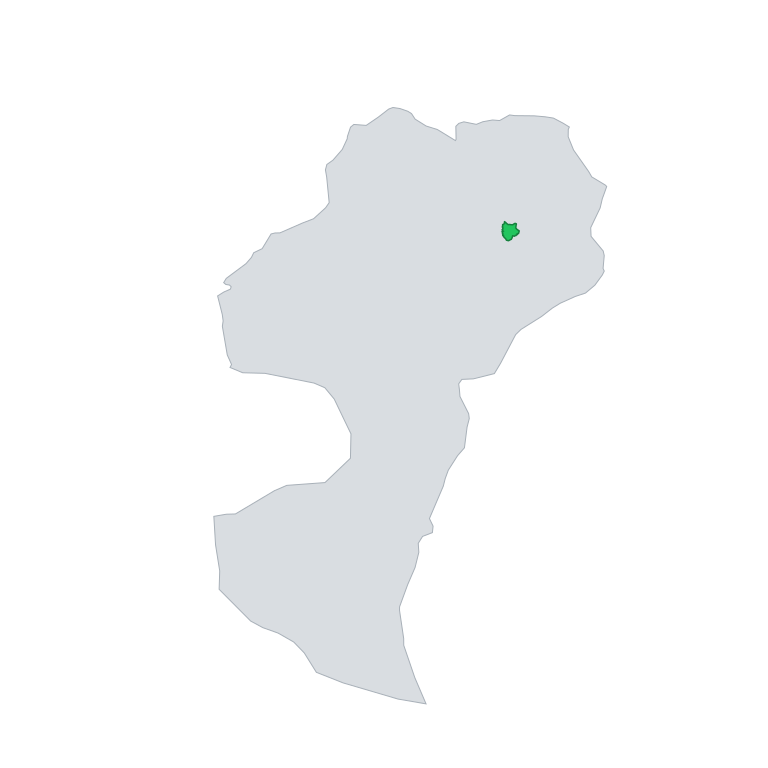 location of Riebiņu pag., Riebinu, Latvia, rotated 285°
{"feature_id": "27541924B17369657995455", "entity_name": "Riebiņu pag.", "entity_type": "district", "adm_level": 2, "iso_a3": "LVA", "parent_name": "Latvia", "parent_adm1": "Riebinu", "projection": "mercator", "projection_center": [26.752, 56.344], "detail": "fine", "context": "in_parent", "style": "filled", "palette": "green", "viewbox_px": 768, "rotation_deg": 285, "n_neighbors": 0, "source": "geoboundaries", "source_scale": "gbopen_adm2", "svg_char_len": 4333}
<svg xmlns="http://www.w3.org/2000/svg" viewBox="0 0 768 768"><g transform="rotate(285 384 384)"><path d="M550.1,567.5L545.9,566.7L534.0,562.1L524.0,555.1L518.0,546.0L507.6,533.3L500.8,526.9L490.1,518.8L472.2,502.2L465.8,498.4L434.1,491.2L422.6,487.9L412.1,469.0L408.6,458.0L403.5,456.1L397.8,458.4L391.6,460.6L377.3,473.4L372.7,475.3L363.9,475.4L343.2,478.2L333.8,473.6L317.4,468.4L308.5,467.6L300.7,467.7L265.8,462.7L259.4,468.2L253.0,469.2L246.8,460.7L239.0,458.3L230.4,461.2L214.8,461.5L196.4,458.8L172.8,456.7L169.3,457.6L143.2,468.9L136.7,470.7L108.4,489.7L85.9,507.4L83.3,479.0L84.7,421.9L88.0,393.3L103.6,376.6L111.4,363.6L116.0,346.1L117.3,330.0L120.5,316.6L143.0,277.9L160.9,273.7L185.1,262.9L212.1,253.9L217.4,265.4L220.0,274.1L252.6,305.8L260.9,316.3L273.5,352.5L303.6,370.8L327.3,365.0L337.6,356.1L356.6,339.8L365.1,327.8L366.8,316.2L363.5,266.3L358.3,244.6L360.1,231.0L363.4,231.7L371.5,225.1L398.0,212.9L403.3,212.3L409.3,209.8L426.0,200.5L431.4,205.5L435.9,211.1L438.4,211.2L439.6,209.1L439.2,205.5L440.4,202.9L445.2,204.3L464.6,219.6L472.0,223.2L477.1,224.2L483.2,231.3L499.7,236.1L501.7,239.7L503.0,244.3L518.4,263.6L525.4,273.2L539.1,282.0L545.0,284.1L569.0,275.1L575.7,272.0L581.3,272.0L586.9,276.7L599.8,283.0L611.4,285.0L613.6,284.6L623.4,285.2L626.9,287.7L629.2,299.9L640.4,309.5L650.8,317.4L653.4,321.1L654.2,328.1L653.6,336.4L652.3,340.6L647.9,345.5L644.1,357.9L643.6,369.7L637.6,390.0L639.0,390.3L651.5,386.7L655.1,388.8L657.9,393.3L658.7,406.0L662.9,411.6L667.1,420.5L668.4,427.5L676.4,435.7L677.1,441.0L681.9,459.7L683.8,470.5L684.7,478.8L682.3,489.4L680.2,496.5L677.6,496.1L670.5,497.9L659.1,506.5L642.2,526.7L637.8,531.1L633.4,546.4L632.4,548.0L622.5,547.2L619.8,546.9L610.0,547.2L588.5,543.2L580.2,545.8L569.2,561.3L565.0,563.5L552.3,565.7L550.1,567.5Z" fill="#d9dde1" stroke="#a8b0b8" stroke-width="1"/><path d="M554.6,465.1L554.6,465.6L554.6,466.2L554.6,466.3L554.6,466.5L554.6,466.8L554.7,467.3L554.8,467.4L555.3,467.9L555.5,468.1L555.9,468.5L556.1,468.7L556.2,468.9L556.4,469.1L556.7,469.5L556.8,469.5L557.1,469.6L557.6,469.7L558.4,469.9L558.6,469.9L558.9,469.9L559.5,469.9L560.0,469.9L560.4,469.9L560.5,470.8L560.5,471.1L560.5,471.3L560.6,471.5L560.6,471.8L561.1,472.1L561.3,472.5L561.5,472.5L561.7,472.8L561.7,473.0L561.8,473.0L562.2,473.4L562.3,473.6L562.6,473.8L562.6,473.7L562.8,473.6L563.0,473.6L563.5,473.7L563.6,473.8L563.7,474.0L563.8,474.1L564.1,474.6L564.2,474.8L564.3,475.0L564.6,475.0L565.0,475.0L565.3,475.0L566.4,475.0L566.5,475.0L566.8,475.0L566.9,474.8L567.0,474.5L567.1,474.4L567.1,474.2L567.3,473.8L567.3,473.7L567.5,473.3L567.6,473.0L567.7,472.7L567.8,472.4L567.9,472.2L568.1,471.9L568.6,471.2L568.8,470.9L569.0,470.9L569.4,470.8L570.3,470.7L570.6,470.6L570.8,470.6L571.0,470.6L571.5,470.5L572.5,470.5L572.6,470.4L572.8,470.4L573.0,470.2L572.9,470.0L572.9,469.9L573.0,469.7L573.0,469.3L573.1,469.1L573.0,468.9L572.9,468.8L572.8,468.7L572.6,468.4L572.0,467.9L571.4,467.4L571.2,467.2L570.9,466.1L570.8,465.8L570.8,465.7L570.7,465.2L570.7,464.6L570.6,464.1L570.5,463.8L570.5,463.7L570.4,463.5L570.3,463.3L570.2,462.8L570.1,462.6L570.2,462.4L570.3,462.1L570.5,461.7L570.7,461.0L570.8,460.9L570.9,460.7L571.1,460.4L571.2,460.2L571.3,460.1L571.4,459.9L571.5,459.7L571.7,459.1L571.8,459.0L572.0,458.5L571.9,458.4L571.7,458.4L571.2,458.5L571.0,458.9L571.0,459.0L571.0,458.9L570.7,458.8L570.6,458.7L570.1,458.6L569.5,458.3L569.2,458.2L568.9,457.6L568.7,457.4L568.2,457.4L567.9,457.5L567.7,457.6L567.3,457.8L567.2,457.7L566.5,457.6L566.2,457.7L566.2,457.9L566.2,458.0L565.9,458.3L565.5,458.4L565.4,458.4L565.2,458.4L565.1,458.5L564.9,458.6L564.5,458.7L564.0,458.4L563.7,458.2L563.5,458.3L563.3,458.4L563.2,458.5L563.2,458.8L563.0,459.0L562.8,459.1L562.7,459.2L562.4,459.2L562.4,459.3L562.4,459.2L562.3,459.3L562.2,459.2L562.2,459.3L562.1,459.2L562.0,459.3L561.9,459.2L561.7,459.1L561.4,459.1L561.2,459.0L560.9,459.1L560.7,459.2L560.7,459.3L560.4,459.3L560.2,459.5L559.9,459.6L559.9,459.8L559.7,459.8L559.6,460.0L559.4,460.0L559.2,460.0L558.9,460.0L558.7,460.1L558.4,460.2L558.4,460.3L558.5,460.5L558.4,460.6L558.5,460.7L558.5,460.8L558.4,460.9L558.4,461.0L558.2,461.1L557.9,461.1L557.8,460.9L557.6,461.1L557.4,461.3L557.0,461.9L556.6,462.3L556.4,462.8L555.9,463.8L555.7,464.0L555.4,464.3L555.2,464.5L554.8,464.8L554.6,465.1Z" fill="#22c55e" stroke="#15803d" stroke-width="1.5"/></g></svg>